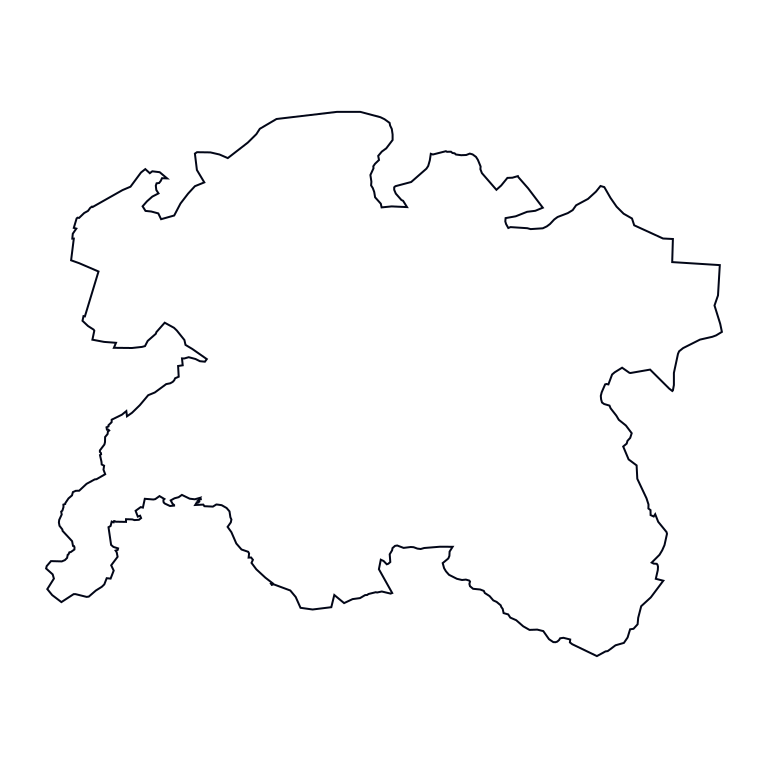 the district of Beclean, Bistrita-Nasaud, Romania
{"feature_id": "2599482B65720135883018", "entity_name": "Beclean", "entity_type": "district", "adm_level": 2, "iso_a3": "ROU", "parent_name": "Romania", "parent_adm1": "Bistrita-Nasaud", "projection": "robinson", "projection_center": [24.16, 47.164], "detail": "fine", "context": "isolated", "style": "outline", "palette": "ink", "viewbox_px": 768, "rotation_deg": 0, "n_neighbors": 0, "source": "geoboundaries", "source_scale": "gbopen_adm2", "svg_char_len": 6057}
<svg xmlns="http://www.w3.org/2000/svg" viewBox="0 0 768 768"><path d="M596.9,656.1L605.5,651.4L607.7,651.1L615.5,645.3L623.9,642.9L627.6,637.5L630.1,629.3L633.5,628.8L637.6,624.3L638.2,617.8L641.2,606.2L650.8,597.4L663.3,580.7L655.8,578.8L657.8,570.1L658.0,566.7L657.5,564.8L656.7,563.8L653.6,563.6L651.7,562.6L659.5,554.8L662.2,550.3L664.5,545.1L667.0,533.8L666.5,532.0L658.2,521.8L655.2,514.2L653.7,516.5L650.6,515.1L650.5,510.1L648.4,508.5L648.5,504.5L646.5,498.3L637.3,478.8L636.6,465.4L628.6,459.4L623.2,446.5L626.7,443.6L627.5,440.8L630.2,437.9L631.7,433.2L625.9,425.5L618.8,419.8L616.3,415.6L610.6,408.3L609.5,405.6L604.1,404.0L602.0,402.5L601.1,399.3L600.8,395.9L601.7,392.3L605.1,384.4L606.4,384.0L608.4,384.4L612.1,374.5L614.7,372.3L622.1,367.7L629.4,372.8L630.5,373.0L650.1,369.6L669.2,388.6L672.3,391.0L672.9,390.4L673.9,385.0L673.9,372.9L678.0,353.8L679.1,351.3L683.1,348.1L700.0,339.6L712.3,336.8L716.1,335.4L721.9,331.9L720.2,323.8L714.5,305.5L718.0,295.4L719.8,265.1L672.2,262.1L672.9,239.0L663.0,238.5L634.2,225.3L632.0,218.5L623.6,213.7L616.6,206.7L610.5,197.9L604.3,187.1L600.5,186.0L596.0,191.6L588.0,198.9L576.1,205.3L572.7,210.1L567.8,213.1L557.6,217.0L554.2,219.5L550.0,224.0L546.8,226.4L542.8,228.3L530.6,229.1L527.3,228.2L510.5,227.1L508.3,228.0L506.1,224.1L505.3,221.4L505.6,218.1L515.7,216.3L527.1,211.8L535.3,210.8L542.8,207.7L528.1,188.3L518.3,177.1L517.9,176.1L512.4,177.7L507.4,177.9L501.2,185.5L496.4,189.8L481.9,173.1L480.4,169.2L480.6,166.5L477.9,159.9L476.0,156.9L472.6,154.4L469.8,153.6L466.2,155.0L461.2,155.2L455.9,154.5L454.6,153.3L452.5,153.0L450.9,151.7L447.0,151.8L445.9,151.2L432.9,154.5L430.8,153.8L429.8,160.4L428.2,166.0L426.4,168.7L411.2,182.0L395.4,186.2L394.2,187.3L394.2,189.8L395.8,193.6L401.4,200.0L403.1,200.8L407.0,207.1L391.7,206.4L381.6,207.4L380.8,203.7L375.1,197.3L374.2,191.9L372.8,188.1L371.1,185.4L371.4,181.7L370.4,175.0L373.5,168.3L373.3,166.3L375.1,163.7L379.0,160.0L378.2,155.9L381.8,151.6L386.3,148.3L392.6,140.0L392.6,134.5L391.8,129.0L390.1,125.5L389.6,122.9L384.5,119.2L380.4,117.2L360.4,111.9L336.7,111.9L276.5,119.0L259.8,128.8L256.4,134.1L247.8,142.6L227.8,158.1L219.5,154.5L210.4,152.4L197.0,152.2L194.9,153.6L196.9,170.0L204.3,182.4L194.9,186.2L188.1,193.6L180.5,203.5L174.2,215.5L161.1,219.2L158.3,213.4L151.2,211.5L145.5,210.9L142.6,206.3L147.0,201.3L152.3,196.6L158.5,193.4L156.3,190.0L155.8,185.7L156.6,183.3L159.1,183.0L160.7,181.0L162.0,178.2L167.1,178.4L159.7,172.2L152.3,171.3L149.8,173.2L145.3,169.1L141.0,172.5L130.5,186.7L122.5,190.1L92.6,207.0L92.0,206.6L90.3,207.8L88.0,210.9L84.2,213.0L79.1,217.9L77.5,217.7L76.6,218.5L73.8,227.9L76.3,228.6L72.8,233.7L72.3,238.6L73.8,238.6L71.1,260.3L79.2,263.2L98.5,271.5L84.9,316.4L83.5,316.1L82.5,320.8L88.0,326.0L93.6,329.6L94.3,330.7L92.4,339.7L104.1,341.9L116.0,342.8L113.9,347.8L132.0,348.0L142.0,346.9L145.0,346.1L147.7,340.9L155.8,333.8L156.4,332.1L164.7,322.7L174.0,327.8L176.8,330.5L184.4,340.0L185.5,344.9L192.2,348.9L206.8,359.1L204.9,361.7L199.9,361.2L195.5,359.0L188.7,357.2L184.2,358.5L182.0,358.4L182.7,365.3L178.1,366.0L178.7,376.7L175.1,378.3L174.2,380.3L172.7,381.9L170.2,383.3L166.2,384.1L154.8,392.5L148.2,395.2L139.8,405.2L132.0,412.8L127.0,416.3L126.3,411.1L121.9,414.7L111.7,419.7L111.6,422.2L108.5,425.2L108.5,426.4L106.5,427.3L106.9,429.6L108.3,429.6L109.2,430.5L107.9,431.6L107.6,434.0L105.1,437.0L105.0,442.1L104.4,444.5L99.9,450.4L99.9,451.9L100.9,453.0L101.1,454.3L100.0,455.1L101.5,461.9L101.7,464.5L104.1,465.7L103.5,469.7L105.2,474.2L96.5,479.2L94.7,479.4L86.6,483.8L79.2,490.7L75.8,490.8L72.9,492.1L72.0,495.4L68.5,498.4L65.4,503.0L65.2,504.0L63.4,504.6L63.5,507.0L62.4,510.6L61.2,511.6L61.7,514.5L59.2,519.9L58.9,522.5L59.5,525.8L62.3,529.4L62.6,530.9L72.1,541.2L73.0,545.9L74.0,546.1L74.5,547.3L74.4,549.5L70.7,552.1L69.4,552.3L68.4,554.5L67.7,554.8L67.1,557.9L64.9,560.1L61.8,561.4L51.0,561.1L46.7,566.1L46.1,568.5L52.7,574.4L53.9,578.6L47.3,589.1L52.2,595.1L61.4,602.1L73.7,594.1L75.4,594.1L86.6,596.9L88.8,596.6L95.9,590.5L101.8,586.8L104.3,584.4L106.7,578.2L110.6,578.6L113.7,570.6L111.2,565.3L117.6,556.8L116.7,552.3L115.6,550.6L117.7,549.9L118.1,548.4L113.4,546.9L111.1,544.9L108.5,527.2L110.6,526.0L111.7,521.6L113.2,522.3L113.7,522.3L113.9,521.2L114.7,521.1L115.7,521.7L126.0,521.9L126.0,519.2L132.3,519.4L134.4,520.1L138.9,519.8L141.1,518.1L140.1,515.7L137.8,516.6L135.6,510.8L140.7,507.1L142.9,507.6L144.8,498.8L153.4,499.5L155.3,499.1L159.5,496.1L164.4,499.0L163.5,499.8L163.4,501.0L163.7,502.5L164.9,503.6L170.0,506.0L174.1,505.6L174.1,505.0L172.6,503.8L170.7,500.4L174.5,498.3L178.6,497.2L181.9,494.9L189.7,498.7L194.8,499.3L200.1,497.8L199.5,498.8L200.7,498.7L200.8,499.3L199.2,499.7L198.0,500.7L198.9,500.8L199.3,501.6L198.2,502.5L196.5,502.9L195.2,505.0L203.3,504.6L204.4,506.2L212.9,506.6L216.3,504.5L217.7,504.6L221.7,505.2L226.6,508.0L229.5,511.4L230.4,517.3L231.4,519.5L230.8,522.4L227.6,526.9L231.4,532.2L236.3,543.5L241.5,549.5L248.2,551.8L249.1,553.5L248.6,557.6L251.1,557.5L252.9,559.8L251.5,562.9L256.3,569.3L265.4,577.7L272.3,583.0L270.9,583.6L271.8,584.9L273.6,584.3L290.3,590.5L295.7,597.0L300.5,607.8L312.6,609.5L331.3,607.2L334.3,595.0L344.1,603.1L352.6,599.1L360.0,598.1L365.1,595.1L367.1,595.0L368.5,594.0L375.8,592.2L377.1,592.5L381.8,591.5L390.6,593.6L392.2,593.0L378.9,569.2L380.8,559.7L383.6,561.0L386.8,564.3L388.4,563.7L390.3,562.0L389.7,554.3L392.1,550.3L392.5,548.1L395.0,545.9L397.2,545.5L403.6,547.9L410.8,547.0L413.6,547.2L417.4,548.6L420.7,549.0L424.2,548.0L440.3,546.7L452.6,546.8L449.6,551.6L449.4,555.9L448.3,558.5L442.7,563.1L444.1,568.2L446.0,571.4L449.0,574.8L456.9,578.8L462.0,580.0L465.9,579.6L469.3,580.6L470.0,581.6L469.4,583.9L470.0,586.2L473.1,588.8L480.2,589.5L483.8,590.9L484.8,593.0L489.6,596.1L493.3,600.4L496.6,601.9L500.7,605.3L501.3,607.0L502.7,608.9L503.6,613.1L508.2,614.4L510.3,617.6L516.2,620.2L523.2,626.3L529.5,629.9L537.2,629.6L543.3,631.1L549.0,639.2L553.3,642.1L555.5,642.2L557.3,641.6L559.1,640.0L560.1,638.3L563.4,637.8L570.2,639.5L569.9,642.4L572.2,644.2L596.9,656.1Z" fill="none" stroke="#020617" stroke-width="2"/></svg>